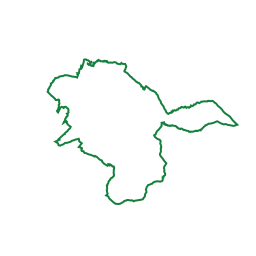 the district of Sangeru, Prahova, Romania, rotated 34°
{"feature_id": "2599482B30255763937111", "entity_name": "Sangeru", "entity_type": "district", "adm_level": 2, "iso_a3": "ROU", "parent_name": "Romania", "parent_adm1": "Prahova", "projection": "robinson", "projection_center": [26.355, 45.139], "detail": "fine", "context": "isolated", "style": "outline", "palette": "green", "viewbox_px": 256, "rotation_deg": 34, "n_neighbors": 0, "source": "geoboundaries", "source_scale": "gbopen_adm2", "svg_char_len": 5722}
<svg xmlns="http://www.w3.org/2000/svg" viewBox="0 0 256 256"><g transform="rotate(34 128 128)"><path d="M174.1,184.7L178.9,180.2L180.2,178.7L180.2,178.4L180.0,177.8L180.3,175.5L179.3,173.6L179.1,172.5L179.3,171.2L178.5,170.0L177.3,169.1L176.6,166.6L176.6,164.0L177.9,162.5L178.4,161.5L179.3,160.5L179.2,159.6L180.1,157.7L182.2,155.7L184.6,154.5L185.8,153.2L186.0,152.6L185.8,151.5L184.3,149.5L185.0,149.1L184.4,148.0L185.1,146.7L185.1,146.3L184.5,145.2L182.3,143.8L181.6,142.3L180.1,141.0L179.6,139.4L179.7,138.0L179.5,135.8L176.1,134.9L174.0,134.0L170.9,133.1L169.6,132.4L168.9,131.5L168.7,130.0L168.3,128.8L166.5,126.5L166.3,126.0L166.5,125.8L165.7,124.5L163.4,122.8L162.4,120.6L160.7,120.0L158.5,120.6L155.2,120.3L153.7,119.4L154.5,117.9L153.9,115.8L153.9,113.7L154.3,112.6L154.7,108.2L154.6,107.2L153.8,106.4L153.7,105.4L153.0,104.9L154.4,103.5L154.5,103.9L155.3,103.7L155.7,104.3L156.0,103.9L156.4,103.9L156.7,104.4L157.1,104.2L157.3,103.8L157.8,103.8L158.0,104.2L159.1,103.5L159.8,103.8L160.5,103.2L161.2,103.1L161.5,102.4L162.3,102.3L163.0,101.6L163.1,101.0L165.1,100.4L166.3,99.7L167.7,99.8L168.0,100.1L168.4,99.8L169.7,100.2L170.2,100.0L170.7,100.1L171.3,99.6L172.0,99.6L172.2,98.9L173.1,98.4L175.4,98.5L175.9,98.0L178.1,97.5L179.5,96.8L180.8,97.0L181.3,96.3L182.2,96.2L182.5,95.6L184.0,94.7L185.7,92.4L186.3,92.3L186.6,91.8L187.4,91.6L188.3,89.9L189.5,89.4L189.2,88.6L189.7,88.2L190.2,84.7L190.7,83.3L190.6,82.6L191.5,81.6L191.9,80.5L192.6,79.2L194.0,78.2L196.1,75.8L198.0,72.8L198.4,72.5L202.3,72.2L205.3,71.5L206.8,70.1L208.4,69.8L214.4,67.2L216.8,64.2L210.7,63.1L205.9,61.5L200.4,61.5L197.6,61.0L196.1,60.3L193.1,59.6L190.3,59.4L187.6,58.5L186.1,58.4L185.6,58.6L184.4,58.2L182.7,58.3L181.4,59.7L179.8,60.2L179.6,60.7L179.0,61.0L178.8,61.7L175.9,63.5L175.4,64.2L174.0,65.1L173.9,65.9L173.1,67.6L171.4,67.9L171.1,68.3L170.8,68.8L170.9,69.7L170.7,70.7L169.5,71.6L169.7,72.4L169.3,73.6L167.9,74.1L168.1,74.3L167.8,74.8L168.0,75.7L167.2,76.3L167.2,77.1L166.0,77.3L165.2,78.0L165.1,78.6L163.4,78.3L163.2,78.6L163.4,78.9L162.8,79.9L160.6,80.5L160.4,80.9L160.4,82.0L159.0,83.4L159.2,84.7L158.4,85.3L158.4,85.9L157.7,87.0L156.7,87.2L156.4,87.7L155.7,88.1L156.1,88.7L156.0,89.4L155.1,89.5L154.9,89.8L155.7,90.4L155.6,91.0L154.1,92.2L153.7,93.1L153.7,93.6L152.6,93.9L150.2,93.2L149.5,92.4L147.4,91.7L145.5,90.3L141.5,88.9L140.4,87.8L137.1,86.4L134.1,84.1L132.8,84.0L131.5,83.1L127.9,83.1L127.5,83.6L126.8,83.5L125.2,83.8L124.0,83.5L119.6,83.2L119.5,84.5L120.1,86.9L119.1,87.3L118.3,86.7L118.2,86.0L117.8,85.8L117.3,85.9L116.7,85.7L115.9,86.2L115.0,85.2L113.3,84.8L111.6,84.5L110.6,85.1L109.4,84.8L108.5,85.0L106.0,84.4L104.0,84.4L103.5,84.1L102.5,83.9L101.3,84.0L96.9,82.9L93.4,83.1L93.1,82.8L92.9,80.8L92.1,77.8L89.8,76.5L88.2,77.6L87.2,77.9L86.2,77.8L86.3,78.7L85.9,79.0L85.8,79.6L85.3,79.8L83.0,80.7L81.4,80.4L80.1,80.9L79.4,81.5L78.5,82.7L77.2,83.3L75.3,84.8L73.4,85.2L73.2,84.9L73.4,84.4L73.1,84.3L70.7,85.6L70.5,85.9L71.0,86.2L70.1,87.0L69.0,87.2L68.0,88.0L67.2,87.8L66.7,88.1L65.5,88.0L65.3,88.5L65.7,88.9L64.9,89.5L65.2,90.0L64.5,90.9L64.2,93.4L63.9,92.9L63.4,93.4L63.2,93.4L63.1,93.0L62.8,93.2L63.5,94.0L63.6,94.7L64.7,95.7L64.6,96.1L64.0,96.2L63.3,96.7L62.8,96.6L62.2,97.0L60.4,97.1L60.1,97.6L58.8,97.4L58.7,97.2L59.4,97.2L60.3,96.7L60.8,96.1L60.9,95.5L60.0,95.0L60.6,94.6L60.6,93.9L60.4,93.7L59.7,94.4L57.0,94.2L56.0,94.7L54.9,94.6L53.5,95.6L53.4,96.1L54.5,98.3L55.8,102.6L54.6,102.3L54.3,102.4L54.4,102.7L55.0,104.0L55.9,104.1L56.1,104.9L56.1,105.2L55.4,105.8L54.9,106.6L55.7,107.9L56.6,110.1L55.5,110.8L56.0,111.0L56.0,111.5L56.4,111.4L56.7,111.6L57.6,114.6L55.9,115.0L53.3,116.4L48.8,118.0L46.1,119.5L45.3,120.9L42.3,123.7L42.2,124.9L41.2,125.9L40.8,126.7L39.9,127.1L40.0,127.3L39.8,129.2L40.0,130.1L39.6,130.7L40.0,131.3L39.9,132.6L39.2,134.3L39.8,135.0L40.1,135.7L40.1,138.3L40.5,139.1L40.2,139.9L40.4,141.0L41.1,141.8L41.1,142.9L46.8,144.1L47.6,144.0L51.1,144.6L52.5,145.2L53.6,144.4L54.4,143.3L55.1,143.2L55.6,143.6L56.4,145.1L57.5,146.0L57.7,146.7L57.6,147.5L58.9,149.0L59.0,150.1L59.4,150.7L59.7,152.1L59.5,153.2L60.0,153.9L61.3,154.2L61.1,152.5L60.8,152.2L60.9,150.6L60.5,150.2L60.4,149.8L61.1,147.6L62.1,147.3L63.5,147.4L63.4,146.2L64.6,145.2L65.4,145.4L67.5,145.5L68.6,146.3L69.2,147.6L70.0,148.4L69.9,149.8L69.4,150.3L69.8,150.5L70.8,150.9L70.7,151.2L71.2,152.4L70.7,153.2L71.0,154.7L70.8,155.2L71.6,157.5L71.5,158.8L71.7,159.7L72.8,156.8L73.1,156.8L74.1,157.1L74.2,157.5L74.0,157.9L74.8,158.4L77.8,159.0L79.8,159.0L80.1,160.7L79.7,162.1L79.4,164.1L79.6,164.5L78.9,166.2L78.6,167.8L79.0,168.5L78.4,169.0L76.7,176.1L77.7,176.2L75.4,179.9L78.3,179.8L80.2,181.1L81.7,180.5L81.9,179.9L83.4,177.9L84.3,175.4L85.6,174.5L87.6,172.2L88.3,171.0L88.7,169.8L90.2,168.2L90.7,167.2L93.3,164.5L95.2,166.4L98.2,166.5L97.9,171.3L99.8,170.6L101.1,170.5L101.4,171.0L101.0,171.4L101.5,171.8L101.7,172.4L102.5,172.9L104.1,172.1L104.9,172.7L106.1,172.9L107.5,172.3L110.7,171.7L112.1,171.1L116.3,170.3L116.3,169.6L118.1,169.4L122.2,170.0L124.6,169.6L125.1,170.3L128.1,171.0L132.1,170.8L132.2,169.6L132.9,169.5L132.4,169.1L133.1,169.0L132.4,168.8L132.5,168.5L133.3,168.5L133.8,168.1L134.3,168.4L135.0,168.1L136.6,168.6L137.1,168.0L137.9,168.0L138.0,168.3L138.9,168.8L139.5,170.3L140.4,171.9L141.5,173.7L142.5,174.4L142.8,174.9L142.8,175.4L143.1,176.0L142.8,176.7L142.8,177.8L142.2,178.6L141.8,179.8L142.2,180.8L141.8,182.4L141.9,183.3L142.5,185.0L142.4,186.3L142.9,186.9L142.6,187.5L144.7,189.9L144.9,191.1L145.8,191.9L146.3,192.7L147.8,193.8L147.9,194.4L147.6,196.1L149.8,195.7L151.8,196.9L157.1,197.7L160.0,197.8L162.6,196.3L163.7,195.4L165.6,191.8L165.6,191.0L165.9,190.3L167.0,189.3L167.3,188.4L168.9,187.3L170.6,186.7L172.0,185.6L173.7,185.6L174.1,184.7Z" fill="none" stroke="#15803d" stroke-width="2"/></g></svg>